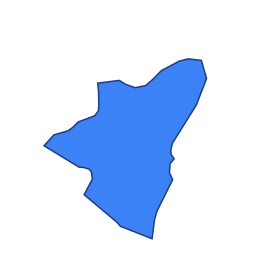 map outline of Radovljica (orthographic projection), rotated 25°
{"feature_id": "SVN-1016", "entity_name": "Radovljica", "entity_type": "Statistical Region", "adm_level": 1, "iso_a3": "SVN", "parent_name": "Slovenia", "parent_adm1": "", "projection": "orthographic", "projection_center": [14.199, 46.349], "detail": "fine", "context": "isolated", "style": "filled", "palette": "blue", "viewbox_px": 256, "rotation_deg": 25, "n_neighbors": 0, "source": "natural_earth", "source_scale": "10m", "svg_char_len": 628}
<svg xmlns="http://www.w3.org/2000/svg" viewBox="0 0 256 256"><g transform="rotate(25 128 128)"><path d="M162.8,220.3L157.4,218.0L116.4,207.0L117.3,189.3L113.2,183.2L110.2,181.7L104.5,182.5L100.1,184.2L59.4,179.6L63.7,165.6L74.5,156.2L77.4,151.3L80.4,143.4L92.7,130.9L93.9,124.8L91.4,118.6L86.0,107.6L81.6,100.1L99.9,88.6L107.7,89.4L117.3,88.5L126.0,82.2L129.7,74.0L134.1,61.7L146.2,45.7L153.3,39.9L165.9,35.7L178.3,50.0L180.2,78.3L174.7,123.0L176.2,130.1L178.4,133.8L182.9,136.5L181.2,142.2L184.4,150.9L190.3,156.0L189.4,191.2L190.7,199.5L196.6,218.2L162.8,220.3Z" fill="#3b82f6" stroke="#1e3a8a" stroke-width="1.5"/></g></svg>